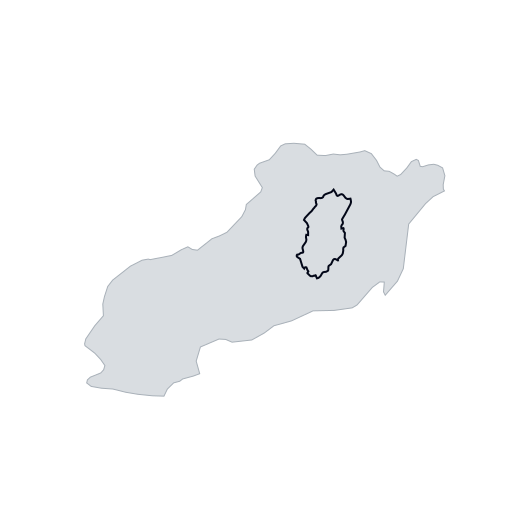 where Berat sits in Albania, rotated 246°
{"feature_id": "ALB-1523", "entity_name": "Berat", "entity_type": "County", "adm_level": 1, "iso_a3": "ALB", "parent_name": "Albania", "parent_adm1": "", "projection": "albers", "projection_center": [20.072, 40.618], "detail": "fine", "context": "in_parent", "style": "outline", "palette": "ink", "viewbox_px": 512, "rotation_deg": 246, "n_neighbors": 0, "source": "natural_earth", "source_scale": "10m", "svg_char_len": 3713}
<svg xmlns="http://www.w3.org/2000/svg" viewBox="0 0 512 512"><g transform="rotate(246 256 256)"><path d="M171.4,156.7L171.8,149.9L173.5,139.0L172.6,135.4L173.6,129.2L170.5,120.9L165.4,114.9L170.5,104.4L177.8,91.7L184.5,81.6L192.7,71.1L198.1,61.0L203.9,52.4L208.9,49.7L211.4,51.6L212.7,55.4L212.3,66.6L214.0,70.5L217.4,73.4L224.7,72.0L232.8,69.2L243.6,63.3L245.5,63.7L249.5,66.8L257.9,80.4L263.5,92.3L274.4,96.5L280.6,101.1L288.5,108.2L292.3,115.3L297.8,137.1L298.5,150.2L297.0,156.3L295.7,157.9L290.8,179.3L292.1,190.3L292.1,197.5L287.9,200.4L285.1,204.9L289.7,222.8L289.2,230.4L289.5,239.1L297.7,259.0L302.6,265.2L307.0,268.1L312.6,286.4L315.9,289.6L329.4,287.7L336.0,289.7L338.6,294.0L339.3,297.0L338.5,307.3L341.9,315.2L346.5,323.3L346.6,328.3L343.6,336.4L338.3,346.0L331.1,349.7L323.2,352.9L319.5,360.3L317.7,368.1L314.2,374.0L312.0,380.4L308.7,393.4L308.0,398.2L302.6,403.0L294.3,405.0L286.8,405.4L281.7,407.7L279.2,412.1L274.4,415.7L271.5,417.4L271.6,421.3L275.1,429.6L279.0,436.3L279.1,441.7L277.2,443.2L271.1,442.5L269.8,444.5L269.1,450.5L267.5,455.7L265.0,458.9L260.6,462.3L252.5,461.2L245.0,456.0L241.0,454.4L238.8,454.6L238.2,442.0L234.9,432.2L223.1,408.5L184.5,385.4L175.5,375.0L171.5,366.4L167.6,358.1L171.4,357.9L175.2,360.0L180.0,362.6L182.0,358.5L180.0,349.5L170.2,328.5L169.5,322.8L174.5,305.3L182.7,285.8L182.3,262.0L185.0,244.0L182.3,232.3L181.0,218.0L187.0,199.1L192.1,194.4L195.2,188.4L195.5,168.2L184.3,158.6L171.4,156.7Z" fill="#d9dde1" stroke="#a8b0b8" stroke-width="1"/><path d="M239.0,293.1L239.9,293.4L240.2,293.6L240.5,294.2L240.1,295.1L240.1,295.5L240.1,296.0L240.4,297.3L240.5,297.9L240.5,298.6L240.1,299.8L240.1,300.4L240.6,300.9L242.1,301.3L243.7,301.5L245.0,302.0L245.9,302.8L248.5,307.1L249.4,308.0L250.5,308.7L252.9,309.3L254.1,310.0L254.9,310.6L253.9,312.1L256.3,313.2L257.2,313.5L258.8,313.5L259.7,313.7L260.5,314.2L260.9,315.2L261.1,315.6L261.9,315.9L265.3,315.9L269.4,314.5L270.7,316.0L271.2,317.0L273.5,322.4L274.4,325.1L276.0,327.9L276.3,328.8L276.9,329.7L277.4,331.1L278.2,332.1L278.7,332.4L279.3,332.4L279.8,332.4L280.3,332.4L280.8,332.7L281.2,332.9L282.4,333.0L282.9,333.3L283.6,334.0L283.8,334.3L283.7,334.7L283.9,335.1L283.9,335.5L283.3,337.4L282.8,338.1L282.6,338.5L282.3,339.7L282.3,340.2L282.4,340.8L282.6,341.3L283.6,342.3L284.0,343.3L284.2,344.7L283.8,350.2L283.8,351.1L285.1,353.9L280.6,354.5L278.7,354.4L277.8,354.8L277.6,355.8L277.8,357.0L277.9,358.1L277.6,359.5L276.7,360.3L275.7,360.7L272.7,361.4L271.4,362.2L270.9,362.7L270.7,363.1L270.7,363.4L270.4,364.0L270.0,365.6L269.3,365.5L267.0,364.9L266.1,364.4L264.8,363.2L257.5,353.8L257.2,353.3L254.8,349.9L254.3,349.4L253.5,349.3L251.8,349.2L250.8,348.8L250.1,348.3L249.4,346.9L248.4,345.9L246.3,345.2L246.2,346.0L246.1,346.4L246.0,346.9L245.9,347.2L245.5,347.2L244.9,347.0L243.9,346.3L243.1,346.1L240.9,346.6L236.7,344.4L234.3,344.4L232.1,344.0L228.8,341.9L228.2,339.4L227.8,339.1L226.9,338.5L225.4,337.9L222.9,336.2L221.8,334.7L220.3,330.4L219.8,329.6L219.2,329.2L218.7,329.1L218.8,328.8L219.5,328.4L220.3,327.8L221.2,326.9L221.4,325.7L220.9,324.6L218.0,321.3L217.4,318.4L216.9,317.9L216.0,317.4L215.1,317.0L213.8,316.3L213.3,315.8L213.2,315.1L213.1,314.1L213.1,313.6L213.2,313.1L213.7,311.8L213.8,310.5L213.4,309.5L211.5,306.9L211.0,305.7L210.7,304.7L210.6,304.1L210.8,302.6L213.2,302.6L213.8,302.7L214.2,302.6L214.3,302.1L214.2,301.6L214.2,301.1L214.6,300.5L214.5,300.2L214.5,299.8L214.5,299.4L215.0,298.5L215.3,297.8L215.7,297.5L216.5,297.1L218.1,296.5L219.2,296.0L219.5,296.0L219.8,296.2L220.2,297.0L220.7,297.6L221.8,297.3L225.1,297.4L225.4,297.0L225.7,296.4L225.6,295.9L225.5,295.6L224.9,294.9L227.2,294.1L235.5,295.1L238.1,293.4L239.0,293.1Z" fill="none" stroke="#020617" stroke-width="2"/></g></svg>